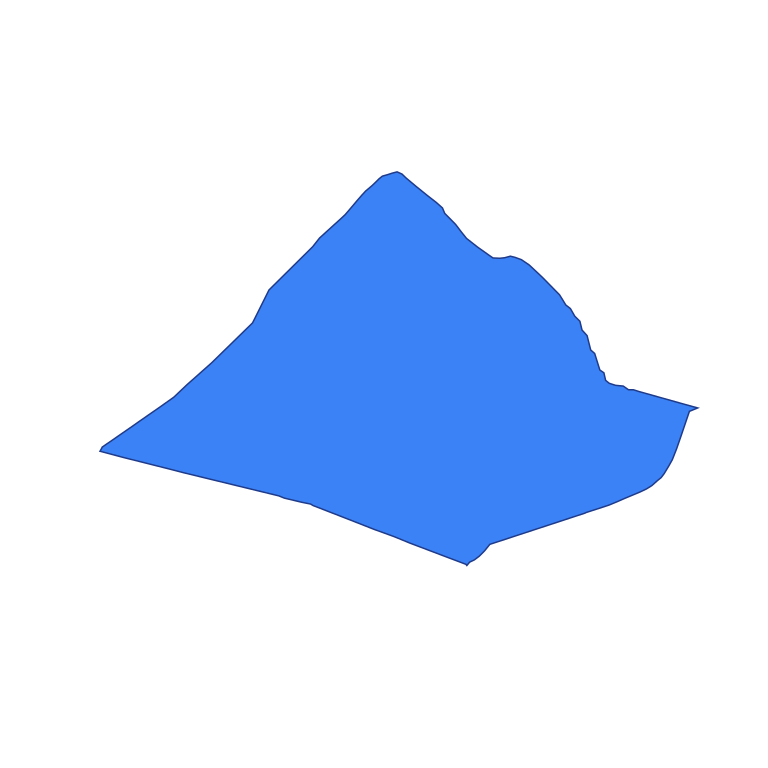 Al Leri, South Kordufan, Sudan, rotated 342°
{"feature_id": "16777658B28886602001992", "entity_name": "Al Leri", "entity_type": "district", "adm_level": 2, "iso_a3": "SDN", "parent_name": "Sudan", "parent_adm1": "South Kordufan", "projection": "mercator", "projection_center": [30.87, 10.168], "detail": "fine", "context": "isolated", "style": "filled", "palette": "blue", "viewbox_px": 768, "rotation_deg": 342, "n_neighbors": 0, "source": "geoboundaries", "source_scale": "gbopen_adm2", "svg_char_len": 1702}
<svg xmlns="http://www.w3.org/2000/svg" viewBox="0 0 768 768"><g transform="rotate(342 384 384)"><path d="M674.9,503.7L659.2,493.3L624.1,469.9L619.5,466.6L614.7,465.0L610.9,459.9L603.8,456.8L598.4,452.9L595.9,449.0L596.6,441.3L593.6,437.4L593.8,420.1L591.1,415.5L592.1,400.8L589.0,393.8L589.7,384.9L586.4,378.5L584.6,369.9L581.3,365.0L580.0,359.4L578.5,353.4L567.6,331.5L558.9,315.7L553.1,308.2L547.7,304.0L543.7,301.5L537.8,301.2L533.0,300.2L526.6,297.8L523.1,293.2L515.3,282.7L507.5,271.1L504.7,263.7L504.2,262.3L501.4,254.3L494.5,240.5L494.0,234.6L489.9,227.6L483.8,218.6L475.4,205.7L468.6,194.8L466.0,189.9L462.0,186.3L456.9,186.0L452.1,186.0L446.7,185.8L442.7,187.3L438.6,189.4L433.8,191.7L426.2,194.8L422.3,197.0L421.7,197.3L418.4,199.3L415.2,201.2L409.6,204.7L399.5,210.9L392.6,214.1L385.2,217.4L367.9,225.2L358.6,231.4L303.7,259.0L292.7,270.2L281.4,281.7L277.8,285.3L226.6,310.6L214.0,316.1L210.4,317.7L201.4,321.6L196.6,323.7L180.0,331.6L161.7,337.3L151.0,340.5L138.8,344.2L134.0,345.7L120.0,349.9L103.7,354.8L102.2,355.2L97.0,356.8L96.7,356.8L95.4,358.1L94.2,359.2L93.1,360.2L114.0,373.7L134.6,386.6L138.4,389.0L154.8,399.3L165.6,406.2L165.9,406.4L249.4,457.9L253.9,461.7L269.1,471.0L277.1,475.5L279.0,477.7L304.6,498.6L329.9,519.4L346.1,532.0L359.9,543.7L360.2,543.9L387.2,565.6L391.7,569.2L395.2,572.0L406.2,580.8L406.7,582.2L410.4,579.9L415.6,579.2L421.4,577.2L428.2,573.7L432.2,571.1L435.1,569.2L535.5,568.9L536.2,568.7L560.4,568.7L569.3,568.0L577.3,567.2L586.0,566.5L594.4,565.8L601.2,564.9L607.3,563.4L614.4,560.3L618.6,558.7L622.8,555.8L629.6,549.9L634.8,545.1L642.3,536.0L650.7,524.9L658.0,515.1L666.0,504.4L674.9,503.7Z" fill="#3b82f6" stroke="#1e3a8a" stroke-width="1.5"/></g></svg>